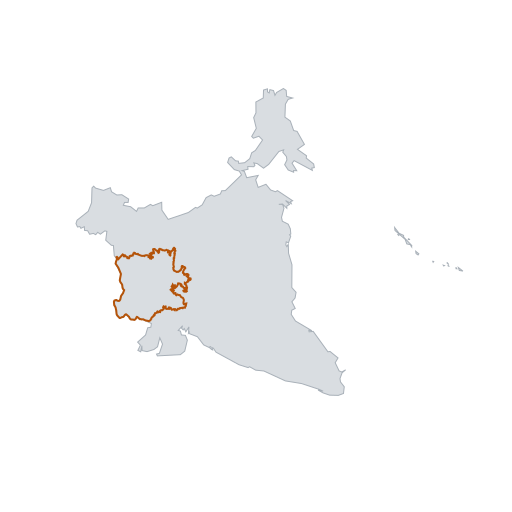 location of Rajasthan within India, rotated 309°
{"feature_id": "IND-3250", "entity_name": "Rajasthan", "entity_type": "State", "adm_level": 1, "iso_a3": "IND", "parent_name": "India", "parent_adm1": "", "projection": "robinson", "projection_center": [75.292, 26.62], "detail": "fine", "context": "in_parent", "style": "outline", "palette": "amber", "viewbox_px": 512, "rotation_deg": 309, "n_neighbors": 0, "source": "natural_earth", "source_scale": "10m", "svg_char_len": 9769}
<svg xmlns="http://www.w3.org/2000/svg" viewBox="0 0 512 512"><g transform="rotate(309 256 256)"><path d="M108.3,223.6L114.0,222.3L114.6,218.2L125.1,219.9L132.1,217.0L134.4,219.1L137.7,217.2L133.8,202.2L129.9,201.7L128.3,199.3L128.8,192.2L122.4,189.4L122.8,184.9L131.6,174.2L135.6,178.0L146.5,175.0L151.3,165.6L157.0,162.3L161.8,151.6L166.1,149.7L167.0,145.7L174.4,138.6L173.3,136.8L173.7,129.3L181.3,124.6L180.4,122.7L175.0,121.3L174.8,118.1L171.7,118.0L171.2,115.4L168.2,113.0L169.7,109.3L168.0,106.7L170.7,104.1L167.3,102.5L168.0,100.6L166.2,99.0L167.9,95.7L171.2,94.4L185.1,97.5L193.9,94.7L205.7,85.7L208.1,85.9L207.8,88.6L211.0,96.2L217.4,99.8L215.0,103.3L215.8,109.4L219.2,113.2L220.1,121.2L217.1,122.9L214.9,120.1L211.9,121.0L215.4,127.6L215.5,135.1L219.2,134.2L223.1,139.0L229.7,141.5L230.1,144.1L238.4,148.9L232.4,154.0L229.2,164.7L247.3,176.1L255.7,178.4L256.3,180.2L261.9,182.0L270.0,180.5L275.3,182.8L276.1,185.9L281.8,189.3L285.1,188.3L287.5,191.0L309.9,193.7L311.5,189.6L309.5,184.8L310.8,175.1L315.2,173.4L317.5,174.4L317.1,180.2L318.6,182.6L317.1,184.3L321.4,188.5L327.7,189.9L333.5,187.7L337.6,189.1L350.3,188.1L350.9,182.9L345.9,179.8L346.2,177.4L355.4,175.9L362.1,167.1L367.2,165.9L375.6,159.0L383.4,162.2L389.7,157.4L393.1,159.7L390.8,161.7L391.0,163.6L394.0,162.1L395.6,165.5L392.8,169.6L396.0,169.1L403.4,171.9L403.7,175.2L399.3,179.4L401.8,185.0L398.0,182.4L392.5,183.3L382.1,191.1L382.5,197.7L377.2,206.3L378.7,209.5L373.2,223.4L365.0,221.1L365.7,232.2L363.7,233.4L363.8,242.9L361.4,245.7L359.4,244.0L358.0,245.9L354.1,225.6L350.8,225.6L347.9,234.0L346.0,231.4L344.8,232.5L343.1,226.9L345.0,220.8L350.1,219.6L352.4,217.1L353.5,211.5L355.9,210.7L351.6,208.0L335.2,208.2L329.0,206.6L328.6,198.9L327.0,195.7L325.8,198.1L324.0,198.1L320.3,193.3L318.4,195.2L313.6,191.5L314.4,193.8L311.0,199.5L320.0,207.0L315.0,207.8L310.7,214.5L318.0,218.6L316.5,225.8L318.2,230.7L320.3,231.5L322.0,249.7L320.0,248.6L318.9,250.5L317.7,244.1L317.2,249.6L314.2,248.5L312.5,249.9L313.1,243.9L310.5,241.2L312.8,244.2L310.7,247.7L302.1,251.5L299.6,254.6L301.0,261.0L298.7,265.6L295.0,269.2L293.6,268.7L293.3,270.5L286.8,272.9L286.0,270.6L283.4,272.2L282.7,274.1L285.4,273.7L278.6,279.6L271.8,289.5L254.0,303.7L253.0,310.0L247.9,312.8L243.0,312.7L239.9,319.5L236.4,317.9L232.8,320.1L230.3,327.6L233.1,346.5L231.5,343.8L230.5,345.0L233.4,347.9L226.8,372.2L228.4,373.6L228.4,383.9L222.9,384.7L219.0,392.9L219.9,395.7L224.0,397.3L219.4,396.4L213.6,398.4L211.3,400.9L209.9,406.9L204.2,410.5L199.5,407.7L194.2,400.8L191.8,394.2L190.9,388.6L193.2,393.2L192.0,388.7L185.5,371.6L177.4,357.4L171.6,334.5L167.1,327.6L165.9,320.7L164.3,320.1L160.8,311.2L156.1,285.4L157.5,280.9L157.1,279.3L155.7,281.4L155.4,280.2L155.5,277.6L157.3,277.8L155.3,276.8L154.0,271.3L156.4,261.3L153.7,253.0L154.8,251.9L153.6,252.0L158.7,248.5L152.9,249.2L154.5,245.9L152.7,245.9L153.0,243.7L155.6,242.8L149.2,242.4L150.1,244.5L147.7,247.7L149.9,251.1L147.4,255.6L137.2,260.5L131.7,259.3L116.3,242.2L117.2,240.4L119.5,242.2L128.7,238.8L131.9,232.7L123.5,236.6L119.1,235.5L113.1,231.5L110.8,227.0L114.5,223.7L109.0,226.7L108.3,223.6ZM362.3,369.6L360.3,365.6L362.8,361.4L363.3,348.0L365.4,345.8L363.7,352.9L364.9,357.7L363.6,358.9L362.3,369.6ZM374.4,420.5L374.5,426.3L372.7,423.1L374.4,420.5ZM360.2,381.2L358.8,381.3L358.6,378.9L360.2,377.1L360.2,381.2ZM369.6,411.2L369.5,412.9L369.2,411.4L369.6,411.2ZM371.2,408.9L370.7,411.2L370.8,408.8L371.2,408.9ZM373.0,418.4L372.5,420.2L372.0,419.5L373.0,418.4ZM363.6,397.5L362.6,397.6L363.1,396.7L363.6,397.5ZM362.0,370.4L361.0,371.3L361.4,369.9L362.0,370.4ZM365.3,363.6L365.7,365.3L364.6,364.0L365.3,363.6ZM367.2,408.5L366.4,408.2L366.7,407.3L367.2,408.5ZM362.1,352.8L361.7,354.6L361.9,352.7L362.1,352.8Z" fill="#d9dde1" stroke="#a8b0b8" stroke-width="1"/><path d="M141.7,176.1L143.3,176.1L146.5,175.0L146.7,173.4L146.9,172.9L147.7,171.8L149.3,170.3L149.8,169.2L150.4,166.9L151.4,165.4L156.9,162.4L157.2,162.1L160.3,156.3L161.7,151.7L163.6,150.7L165.4,150.2L167.5,148.6L167.5,148.4L167.8,148.5L167.8,149.1L167.0,150.4L166.9,151.0L173.2,151.4L173.2,151.8L173.5,152.1L173.5,152.5L172.9,152.9L172.6,153.6L172.7,153.8L173.0,153.9L173.9,153.5L174.1,153.7L173.8,155.7L174.2,156.4L174.2,156.9L174.0,157.1L173.6,157.2L173.4,157.4L174.2,158.7L174.4,158.7L174.6,158.3L175.7,158.4L176.4,157.9L177.3,158.3L177.8,159.3L178.5,159.3L178.9,159.9L179.9,159.4L180.2,159.7L180.6,159.6L181.2,159.1L181.4,159.2L181.3,159.7L181.5,159.9L182.0,159.6L182.2,160.3L181.9,160.7L182.0,161.4L182.6,162.4L183.3,162.8L183.3,163.2L183.0,163.5L184.1,166.9L185.1,168.3L185.9,168.9L185.9,169.4L186.3,169.4L187.0,169.7L187.7,170.4L189.0,172.4L188.9,172.6L188.5,172.3L187.6,173.1L188.0,173.5L188.2,173.2L188.5,173.3L187.8,174.5L188.0,174.9L187.8,175.1L187.5,175.0L187.4,175.3L187.5,175.5L187.9,175.8L188.0,176.3L189.4,176.3L190.0,176.8L190.3,176.6L190.2,175.9L190.0,175.6L189.8,174.0L189.9,173.6L190.7,173.6L191.2,173.9L191.5,173.9L191.6,173.5L191.2,173.1L191.6,172.9L191.2,172.4L191.2,172.2L191.6,172.3L191.9,172.7L192.7,172.6L193.0,173.1L192.6,173.1L193.0,173.5L192.7,173.7L193.4,174.1L193.6,174.7L193.8,174.9L194.1,174.5L194.8,174.3L194.7,173.5L195.8,172.6L196.3,171.9L196.7,171.8L197.6,172.7L197.7,172.9L197.5,173.9L197.7,176.1L197.4,176.7L197.3,177.5L197.5,178.0L197.2,178.3L197.4,178.4L198.0,178.3L198.3,177.7L199.0,177.6L199.1,177.4L198.6,177.1L198.8,176.7L199.5,177.0L199.9,176.7L200.2,176.9L200.4,176.7L200.6,177.0L200.8,176.7L201.1,176.8L201.3,177.8L201.7,178.4L201.5,179.0L201.7,179.3L201.7,179.8L202.5,180.9L202.8,181.7L204.0,182.4L204.4,182.5L204.5,183.1L205.0,184.0L204.8,184.3L204.4,184.5L204.3,184.8L203.5,185.1L203.4,185.3L203.7,185.5L203.9,185.9L204.6,186.0L204.8,185.8L205.1,186.3L205.5,186.0L205.6,186.3L202.6,187.7L202.4,188.1L202.4,189.0L202.7,189.0L203.1,188.3L203.5,188.3L204.8,187.7L205.6,187.1L207.0,187.5L207.2,187.4L208.2,187.5L208.6,187.9L208.7,187.5L209.1,187.4L209.5,187.0L210.2,187.0L210.8,187.1L210.9,187.3L210.6,187.8L210.2,187.9L210.5,188.4L210.2,188.5L210.1,188.8L209.5,188.8L209.5,189.4L209.3,190.1L208.6,190.0L207.5,190.3L207.3,190.8L206.6,191.0L206.8,191.4L205.9,191.9L205.6,192.2L204.6,192.5L203.6,193.3L202.8,193.3L202.7,193.8L201.8,193.9L201.3,194.7L200.5,195.3L199.6,195.4L199.4,195.6L199.2,196.0L198.5,196.2L198.3,196.6L197.4,197.0L197.2,197.4L196.5,198.0L196.3,198.6L195.7,199.1L194.7,199.1L194.5,199.6L193.8,200.0L193.5,200.6L193.4,201.2L193.1,201.4L193.8,204.6L194.4,204.9L194.7,205.5L195.4,205.6L196.0,206.1L197.1,206.0L197.6,206.4L198.4,206.3L199.4,205.8L200.2,206.0L200.5,205.7L200.8,205.1L201.2,204.8L201.7,204.8L202.0,205.2L201.9,205.7L202.1,206.2L202.0,206.7L202.5,207.5L202.3,208.4L201.8,208.8L201.1,208.5L200.4,208.5L199.3,208.9L198.4,209.0L197.1,209.6L196.9,209.9L197.2,211.3L197.0,211.6L196.3,211.8L196.2,212.1L196.9,212.9L197.2,213.1L198.0,213.1L198.6,213.6L198.9,214.2L199.0,215.1L198.8,215.5L197.6,216.0L197.4,216.0L197.2,215.2L196.7,215.1L196.6,217.9L197.4,219.2L197.0,219.8L196.1,220.0L195.1,219.3L194.9,219.0L195.1,218.4L195.0,218.2L194.2,218.6L193.9,219.3L193.5,219.4L192.9,218.8L192.1,218.8L191.3,218.5L190.4,218.5L190.2,218.2L190.2,217.7L189.5,218.2L189.4,220.3L189.1,220.7L188.1,221.5L188.3,221.9L188.1,222.3L186.1,223.3L185.5,222.9L185.5,223.6L185.1,224.4L184.1,224.1L183.9,223.4L183.2,222.8L183.0,222.0L183.4,221.4L184.4,222.0L185.0,221.6L185.5,221.9L186.3,220.7L185.8,220.2L185.7,219.9L185.8,219.4L186.1,218.9L186.2,218.4L186.2,218.2L185.7,217.8L185.5,216.9L185.8,216.1L186.6,216.3L186.9,216.0L186.9,214.8L186.3,214.0L186.3,213.4L185.7,212.7L184.7,213.2L182.6,213.6L180.0,213.2L179.8,212.7L180.2,212.2L179.9,211.3L180.6,211.8L181.1,212.0L181.7,211.9L182.2,211.4L182.0,211.2L181.1,211.4L180.5,211.1L180.6,210.8L181.2,210.9L181.3,210.8L181.0,210.1L181.3,209.3L180.4,209.6L179.4,209.6L179.0,210.3L179.0,211.3L178.5,211.3L178.0,211.7L177.0,211.3L176.6,210.9L176.2,210.9L176.4,211.7L176.3,212.4L177.7,212.5L177.8,212.7L177.6,213.8L176.8,214.0L176.6,213.9L176.1,213.3L176.0,212.7L175.8,212.6L175.7,213.2L175.8,214.0L175.1,215.7L175.2,216.0L176.3,216.4L176.5,216.7L175.7,217.6L175.3,218.7L175.4,218.9L176.2,218.8L176.7,219.1L177.0,220.5L177.7,221.4L177.0,223.6L177.1,224.4L177.4,225.2L177.4,225.9L176.5,227.5L176.2,227.8L174.3,228.8L173.6,229.4L173.1,230.3L173.3,230.8L174.5,231.1L175.2,231.7L172.7,233.0L171.8,232.9L171.1,233.3L170.2,231.9L169.8,231.6L169.3,231.9L169.1,231.7L168.8,230.7L167.4,229.5L167.2,229.5L166.9,229.8L166.7,229.7L165.8,228.5L164.9,228.8L164.4,228.5L164.0,228.5L163.9,226.6L163.7,226.3L163.4,226.2L162.8,226.6L162.8,225.4L162.2,225.2L161.8,224.5L161.3,224.4L161.4,223.1L162.0,222.6L161.7,221.4L161.3,220.7L161.1,220.7L160.7,221.4L160.1,221.7L159.6,220.8L158.7,220.0L158.4,219.4L158.7,218.4L159.0,217.9L159.6,217.9L159.9,217.5L159.7,217.3L159.3,217.4L158.6,217.1L158.6,215.9L157.6,216.1L157.4,216.4L157.2,217.3L156.6,217.6L154.8,217.3L154.3,216.4L153.0,215.9L152.6,215.9L152.4,216.7L152.1,216.8L151.8,216.2L151.7,215.7L151.1,215.7L150.9,215.4L150.4,215.3L150.0,214.9L150.1,214.7L150.8,214.6L150.8,214.3L149.2,214.4L148.5,214.1L148.0,213.5L147.3,213.7L146.8,214.1L146.0,213.8L145.8,213.9L145.7,214.4L145.3,214.3L145.1,213.9L143.8,214.1L142.9,213.7L141.9,213.8L141.3,214.2L140.6,214.1L139.6,214.4L137.9,213.7L137.3,212.3L136.4,210.7L135.8,208.1L134.6,206.9L134.4,206.1L133.8,205.4L133.9,202.1L133.7,201.7L133.3,201.7L132.1,202.0L130.9,202.1L129.9,201.8L129.6,201.4L129.4,200.7L128.1,199.0L127.9,198.4L128.0,197.2L128.8,195.6L129.0,191.9L128.7,191.5L127.9,191.2L125.5,191.3L125.1,191.2L123.9,190.2L122.4,189.5L122.0,189.1L122.0,188.6L122.4,185.8L122.7,184.9L123.2,184.1L125.9,181.5L126.6,180.5L127.7,179.2L128.6,176.7L131.0,174.4L132.2,174.0L133.2,174.5L134.0,175.3L134.0,176.2L134.3,177.0L134.7,177.6L135.2,178.0L135.9,178.0L136.8,177.9L139.9,176.3L141.7,176.1Z" fill="none" stroke="#b45309" stroke-width="2"/></g></svg>